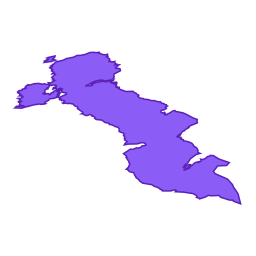 Tingvoll nor, Møre og Romsdal, Norway
{"feature_id": "86288312B33492217014163", "entity_name": "Tingvoll nor", "entity_type": "district", "adm_level": 2, "iso_a3": "NOR", "parent_name": "Norway", "parent_adm1": "Møre og Romsdal", "projection": "equal_earth", "projection_center": [8.112, 62.946], "detail": "fine", "context": "isolated", "style": "filled", "palette": "violet", "viewbox_px": 256, "rotation_deg": 0, "n_neighbors": 0, "source": "geoboundaries", "source_scale": "gbopen_adm2", "svg_char_len": 5658}
<svg xmlns="http://www.w3.org/2000/svg" viewBox="0 0 256 256"><path d="M229.3,162.6L219.1,159.1L213.4,155.6L210.3,155.4L209.2,156.3L207.4,156.6L205.5,158.4L203.0,159.5L200.7,159.2L201.3,160.5L201.0,161.2L199.2,161.7L198.5,162.5L198.0,162.3L198.2,161.8L195.0,162.7L189.6,167.4L189.5,168.1L184.2,170.1L184.2,169.6L188.7,167.1L190.4,164.6L188.9,164.5L185.8,165.9L184.9,167.3L182.9,167.8L184.3,166.5L184.6,165.7L184.3,165.2L187.6,163.1L190.5,158.7L196.2,154.5L200.1,153.4L197.8,152.4L198.0,150.3L197.0,148.4L196.3,147.5L193.9,146.4L193.6,145.3L191.9,143.3L188.8,141.9L183.4,140.7L183.4,139.8L181.1,139.2L180.6,138.4L181.0,138.3L180.5,137.9L180.9,137.4L179.0,136.9L179.5,136.8L177.9,137.2L177.6,136.5L176.4,136.7L180.1,135.2L180.4,134.8L179.3,134.6L180.8,133.7L182.6,131.4L184.3,130.8L185.3,129.6L188.8,127.6L188.2,127.2L189.3,126.2L197.4,122.8L196.9,120.9L197.3,119.5L193.3,118.0L185.9,114.1L182.8,112.8L175.6,111.4L174.9,110.5L173.0,110.9L168.5,113.7L168.0,113.6L166.8,114.7L164.8,114.8L164.5,114.6L165.2,113.5L163.8,113.0L165.4,112.4L164.4,112.3L163.7,113.0L160.6,112.5L161.1,112.4L160.9,111.4L161.4,110.4L164.2,109.8L166.3,108.5L165.4,107.5L167.4,106.1L166.4,105.8L166.4,104.7L165.2,104.6L163.4,103.4L162.0,103.4L160.3,101.7L158.6,101.9L154.3,100.6L151.3,100.6L148.4,99.6L143.8,99.1L143.0,98.4L140.8,98.4L138.0,96.6L138.8,95.3L138.5,94.9L137.5,94.7L135.9,93.1L134.5,92.8L133.0,91.3L125.9,91.5L119.6,89.2L118.7,88.4L119.4,87.9L119.3,87.3L117.3,87.7L116.3,87.2L116.8,86.8L116.1,86.6L116.5,86.2L116.0,86.0L116.3,84.8L115.9,84.6L117.1,84.1L115.0,84.0L115.2,83.6L114.8,83.4L117.5,82.8L116.4,82.7L116.4,82.2L111.9,82.5L112.5,83.2L110.0,82.4L111.6,82.2L111.1,80.9L110.0,81.3L107.5,80.9L105.7,81.4L106.0,81.7L104.1,81.5L102.8,80.7L102.2,80.9L102.2,81.4L94.1,82.9L93.8,83.5L91.3,84.4L92.4,85.1L92.0,85.5L89.3,86.0L88.1,85.6L86.0,86.0L86.1,85.4L87.7,85.0L93.0,82.0L96.5,80.8L101.3,80.0L103.2,80.3L104.4,81.1L111.2,79.9L111.5,80.5L110.9,80.7L111.5,81.0L113.5,80.4L113.5,79.2L113.9,79.0L113.4,78.8L114.2,78.5L113.2,78.4L114.3,76.7L113.7,75.6L114.1,74.0L120.5,70.7L120.1,68.9L118.5,68.3L116.1,68.4L115.4,67.7L119.1,64.8L115.1,64.9L116.2,64.0L115.5,63.9L115.2,62.8L114.0,62.1L114.5,61.5L111.4,62.0L110.8,61.3L109.1,61.6L108.9,61.1L109.7,60.0L109.6,58.9L107.6,57.6L107.9,56.6L106.7,56.6L107.6,55.7L107.5,54.2L105.9,54.8L103.0,54.6L98.8,53.0L99.5,52.7L99.2,52.2L96.4,52.7L93.7,52.3L90.0,52.5L84.9,54.5L80.3,55.4L77.2,55.4L73.7,57.1L66.0,58.7L63.8,60.0L55.4,62.1L54.0,64.0L52.6,64.4L53.0,64.9L50.7,66.0L52.0,66.7L50.1,67.6L50.7,67.9L50.2,68.1L52.6,69.6L51.7,70.2L52.0,70.6L51.6,71.0L53.9,72.1L53.8,72.8L52.4,73.4L52.0,73.9L54.5,73.6L55.5,74.3L51.7,77.3L52.4,78.3L53.8,78.9L53.9,79.4L52.8,79.9L54.7,80.5L50.5,83.0L48.3,82.7L49.0,83.9L48.1,84.3L51.2,85.5L53.5,84.9L56.3,85.6L56.1,86.6L53.4,87.7L52.9,89.1L56.2,88.1L56.5,89.2L59.1,90.0L59.0,90.8L59.7,91.0L60.9,90.0L60.8,89.1L58.9,88.9L58.8,88.7L61.0,88.3L62.4,88.9L61.1,90.8L62.5,91.9L62.1,92.2L66.3,93.1L66.3,94.3L58.7,97.7L60.5,98.6L59.5,99.5L59.9,99.9L61.3,99.7L61.6,100.6L63.4,100.4L64.6,101.0L63.5,102.5L62.5,103.0L63.3,103.5L65.9,103.1L67.2,103.6L69.4,103.4L73.3,104.1L74.4,105.7L77.5,107.0L78.0,107.7L77.5,108.4L77.9,108.9L82.7,112.2L82.9,112.9L81.5,113.8L82.6,113.8L85.3,115.4L87.6,115.5L89.4,114.5L92.1,115.2L92.4,115.4L92.0,116.0L94.4,116.8L95.0,118.0L94.7,118.4L96.2,119.5L101.8,120.1L105.0,122.5L109.1,123.3L109.4,124.6L110.7,124.5L114.0,125.7L114.8,126.5L118.0,127.3L119.3,128.9L119.0,131.2L119.5,131.7L123.5,133.2L124.3,134.6L123.5,135.4L124.7,136.8L124.4,138.4L125.2,138.8L124.6,139.9L127.3,141.6L125.0,143.5L124.3,144.9L128.2,144.1L137.1,143.9L141.2,142.7L144.1,142.9L145.5,143.8L145.9,145.0L145.6,145.3L141.6,146.1L140.7,147.5L137.8,148.0L138.1,148.3L136.4,147.8L133.0,149.4L130.5,149.1L123.5,153.6L126.4,156.1L126.7,156.7L126.1,157.5L126.8,157.8L126.8,158.6L128.9,161.5L129.0,162.8L130.0,164.1L128.8,166.0L128.7,167.0L126.3,169.2L128.1,169.6L128.0,170.2L129.6,171.7L133.7,172.7L134.9,175.6L135.9,176.7L135.9,177.5L138.5,179.4L140.2,181.7L141.5,182.0L142.4,183.1L151.9,184.7L154.0,186.2L158.3,187.7L160.3,189.3L161.9,189.8L162.0,190.6L162.6,190.9L170.8,190.9L174.8,189.8L176.3,190.5L175.3,191.7L184.0,192.2L193.1,193.6L196.3,195.4L197.2,196.7L196.5,197.4L198.7,198.1L199.5,198.9L205.1,197.1L208.9,195.2L210.4,195.8L219.2,195.5L220.6,197.3L229.7,200.1L233.1,200.2L233.4,201.2L240.6,203.8L238.0,193.7L233.4,186.9L232.5,184.6L227.5,179.1L215.2,173.7L213.4,171.4L217.8,165.9L226.6,165.5L229.3,162.6ZM38.6,83.4L34.2,83.7L30.0,85.0L28.0,84.7L27.7,84.9L28.2,85.1L26.6,85.7L25.9,86.2L26.1,87.0L25.1,87.3L25.8,88.4L22.3,89.2L22.3,90.0L19.3,90.7L18.5,91.1L18.6,91.7L17.7,91.7L17.2,92.0L18.2,91.9L17.9,92.4L18.5,92.7L18.1,92.9L20.2,93.9L19.7,94.8L20.9,95.2L19.6,95.9L22.1,96.0L23.0,96.8L21.7,97.5L21.5,98.2L18.1,98.5L20.1,99.5L19.6,100.4L21.1,101.2L18.4,101.6L18.4,102.2L20.0,102.7L19.4,105.0L24.2,106.1L16.4,106.3L15.5,107.2L16.0,107.6L15.4,107.9L21.7,108.2L24.8,107.2L25.2,107.0L24.9,106.7L26.6,106.8L34.0,104.8L39.7,104.0L40.9,104.4L45.2,103.9L45.6,103.6L44.3,103.6L45.0,102.1L48.7,100.3L49.8,98.7L53.0,98.5L56.1,97.6L56.8,97.3L56.7,96.7L57.7,96.5L57.1,96.3L57.6,95.6L59.7,95.1L57.4,94.5L58.3,93.7L59.8,93.7L60.3,92.8L57.3,91.8L57.7,91.5L57.5,90.5L55.9,90.2L53.2,91.7L53.2,92.4L51.0,93.1L50.0,94.8L49.4,94.7L48.8,93.7L47.3,93.6L44.9,94.2L44.3,94.1L44.7,93.5L42.5,93.7L45.0,92.3L44.8,90.4L45.5,89.6L48.0,88.7L47.4,87.8L48.5,87.5L49.6,85.8L48.0,84.4L45.0,84.2L44.5,83.7L42.6,84.2L38.6,83.4ZM54.8,56.0L47.5,57.6L48.8,57.7L47.0,58.1L48.5,58.9L46.3,60.1L46.9,60.3L44.3,61.1L44.6,61.9L44.2,62.4L50.8,61.6L55.5,60.1L52.4,59.1L54.7,57.3L54.9,56.9L54.4,56.7L54.8,56.0Z" fill="#8b5cf6" stroke="#5b21b6" stroke-width="1.5"/></svg>